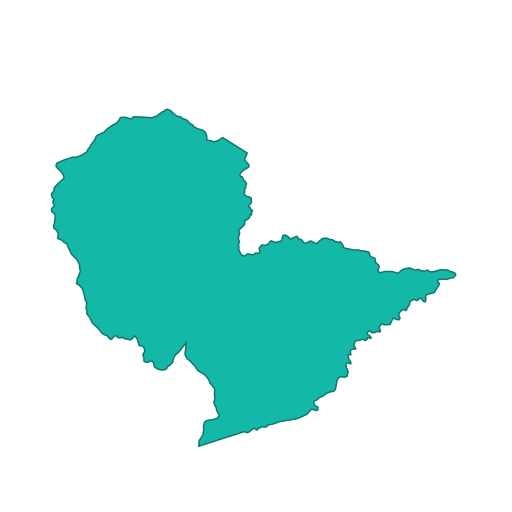 Santiago, Putumayo, Colombia, rotated 345°
{"feature_id": "7082276B6069538576370", "entity_name": "Santiago", "entity_type": "district", "adm_level": 2, "iso_a3": "COL", "parent_name": "Colombia", "parent_adm1": "Putumayo", "projection": "orthographic", "projection_center": [-76.991, 1.09], "detail": "fine", "context": "isolated", "style": "filled", "palette": "teal", "viewbox_px": 512, "rotation_deg": 345, "n_neighbors": 0, "source": "geoboundaries", "source_scale": "gbopen_adm2", "svg_char_len": 6069}
<svg xmlns="http://www.w3.org/2000/svg" viewBox="0 0 512 512"><g transform="rotate(345 256 256)"><path d="M86.6,116.1L86.1,117.5L87.0,119.9L89.0,122.9L90.2,125.8L90.9,128.4L90.8,130.7L89.9,131.6L83.8,134.6L79.7,137.2L78.5,138.5L77.7,140.8L74.8,142.8L74.3,143.8L74.2,146.2L75.5,149.0L75.4,149.5L74.0,150.5L73.8,152.5L74.3,155.3L73.8,155.9L71.2,156.9L70.1,159.4L70.8,161.4L72.6,163.5L72.3,165.8L70.0,171.7L68.2,174.6L68.1,175.8L68.0,177.1L70.2,179.8L70.7,183.3L70.1,185.4L69.0,187.2L69.3,188.0L72.7,190.6L74.2,193.3L75.5,194.3L76.5,195.7L76.9,199.7L78.3,206.6L82.2,213.6L83.0,217.1L83.1,219.6L82.4,222.5L82.5,225.3L80.3,228.0L79.6,229.3L77.6,231.5L76.8,233.8L75.5,235.8L75.5,236.3L77.4,238.1L79.3,241.2L80.0,244.1L80.0,251.0L79.6,253.7L80.3,256.1L80.3,257.5L78.4,262.0L78.5,264.9L77.6,268.1L79.6,272.8L80.6,278.4L85.3,286.0L87.0,290.4L89.3,293.0L91.4,294.0L92.8,297.3L93.8,298.8L94.2,299.1L95.6,298.6L98.6,296.7L99.8,296.7L100.3,296.8L100.6,298.0L102.1,299.5L103.4,300.0L105.1,299.8L106.1,300.3L108.3,302.4L109.7,302.7L112.5,304.5L114.6,304.2L117.5,302.0L118.1,301.9L118.6,302.4L119.9,306.1L119.9,312.1L120.3,312.5L121.6,312.7L122.9,313.8L123.8,314.7L124.2,315.8L124.0,318.8L123.5,319.7L121.7,321.4L121.2,322.6L121.3,325.8L120.7,327.6L120.7,328.9L122.3,330.2L124.3,330.6L127.7,330.3L128.6,330.8L129.4,332.6L129.2,336.8L131.4,339.5L133.7,340.9L136.1,341.9L139.0,342.2L140.7,341.5L142.1,340.0L144.4,339.2L148.1,337.1L150.1,333.1L152.6,330.6L155.8,329.3L157.6,328.1L166.1,321.6L163.7,328.5L162.3,331.3L162.0,333.0L162.9,337.3L165.9,341.5L167.1,344.2L168.4,346.0L169.6,350.4L171.0,352.6L173.9,355.4L175.7,357.5L177.5,360.7L178.4,363.9L178.6,366.4L181.4,372.7L181.6,374.2L180.1,378.5L179.7,382.0L178.4,385.0L177.6,385.7L177.5,386.8L177.6,389.3L178.3,391.8L178.0,394.5L179.3,400.6L177.3,402.4L175.8,402.8L172.2,402.9L166.3,402.2L164.3,402.6L163.0,403.5L161.0,407.5L160.6,409.9L158.6,414.9L153.4,419.6L151.4,424.9L198.9,422.6L202.1,424.5L204.5,423.9L207.6,422.4L209.5,421.9L211.9,424.4L213.1,423.8L214.0,422.8L215.6,423.1L216.6,422.5L217.6,422.5L220.8,423.7L222.5,423.5L222.9,422.8L224.0,422.4L229.2,422.7L235.3,422.1L253.7,423.8L264.2,422.1L269.3,418.6L270.8,418.7L274.5,421.0L275.6,420.6L276.6,419.1L276.6,417.9L273.9,415.3L273.9,412.2L274.4,411.2L277.5,410.8L280.6,409.2L284.3,408.7L288.5,406.9L293.3,406.4L295.6,406.9L297.1,406.2L298.4,404.9L302.1,397.2L303.7,395.4L306.3,394.3L309.9,396.0L312.4,395.9L313.3,395.3L313.9,393.2L315.1,391.7L314.4,387.6L314.7,384.2L315.7,382.9L316.6,382.8L319.1,384.4L319.8,384.5L320.0,382.3L319.0,380.0L319.0,376.5L319.8,375.2L322.1,375.9L322.4,372.4L323.1,371.6L324.6,371.1L328.3,371.5L328.3,370.7L327.4,368.3L327.9,366.5L329.0,365.4L329.3,364.0L331.6,363.8L334.5,364.3L337.2,363.8L338.2,364.3L339.4,365.9L341.1,365.6L342.1,364.8L342.6,363.8L345.7,365.2L346.0,364.3L345.7,363.3L343.2,360.4L343.3,359.4L344.7,358.0L346.5,357.7L348.3,360.1L351.3,360.7L353.2,360.1L355.9,361.4L356.9,360.5L356.4,356.9L359.2,354.3L360.3,354.3L362.5,355.8L367.8,356.9L372.0,351.8L372.7,351.7L375.6,353.8L377.9,354.6L379.0,353.4L379.1,352.3L378.4,351.3L379.1,348.7L379.7,347.9L383.9,345.7L385.2,346.1L385.9,347.1L386.7,347.4L387.7,346.9L388.1,345.7L391.9,342.5L392.6,340.4L393.5,339.7L397.7,338.7L399.0,340.1L399.7,340.6L400.7,340.7L402.5,339.3L403.3,339.2L404.2,339.6L406.2,343.2L407.4,344.1L408.2,343.2L409.2,340.7L409.2,338.8L409.9,337.9L411.6,337.4L418.0,337.5L419.3,337.1L420.2,335.8L425.2,331.4L426.1,330.3L424.9,327.6L426.0,325.9L432.6,327.3L434.0,328.0L438.4,327.7L441.2,328.0L444.0,326.1L444.0,324.3L442.6,323.4L441.9,322.3L439.2,321.3L438.6,319.9L436.7,318.9L430.2,317.0L425.0,317.2L421.4,316.9L418.8,315.2L417.9,313.9L416.0,314.3L414.7,314.2L412.3,313.3L409.0,310.9L408.0,310.7L406.1,311.0L401.5,307.3L397.5,306.9L394.3,307.0L391.9,307.8L389.2,309.4L388.5,309.3L383.5,306.3L381.0,305.4L378.8,305.1L376.4,304.2L372.8,304.4L371.3,304.1L370.3,303.1L370.1,301.0L371.7,299.2L372.2,298.3L372.2,297.3L371.8,296.1L370.1,293.7L369.9,291.9L370.3,288.9L366.9,286.5L366.2,285.5L366.1,281.8L365.7,281.2L361.7,279.1L359.1,278.4L356.0,276.4L352.9,275.9L344.1,271.6L342.9,270.5L342.5,267.2L341.2,264.0L339.4,264.2L337.6,263.1L336.6,263.0L335.0,261.0L333.5,259.8L331.3,259.0L328.9,257.0L324.9,256.3L320.1,258.4L318.5,259.7L316.6,259.1L313.1,255.8L312.1,255.7L307.1,256.6L305.7,255.7L304.0,251.7L301.6,250.9L301.2,248.9L300.4,247.5L293.7,248.5L292.0,245.6L289.8,243.5L288.9,243.1L287.1,243.3L284.8,247.8L284.4,248.0L278.3,248.0L274.7,245.3L273.9,245.3L271.1,247.4L269.4,248.0L267.2,248.1L265.2,247.0L264.3,246.9L261.1,249.1L260.8,253.5L259.9,254.1L256.5,253.2L255.7,253.2L254.4,254.1L253.8,254.0L251.4,253.3L249.7,252.2L248.2,251.8L247.0,252.2L245.3,253.4L242.1,251.0L241.6,249.7L241.6,248.0L241.1,247.3L241.2,244.2L241.8,243.0L242.1,240.0L243.7,238.1L243.4,234.4L246.2,229.5L245.9,228.0L246.2,226.8L247.2,226.0L252.5,223.1L253.3,222.3L254.3,219.4L254.8,218.9L257.8,218.3L259.7,217.2L260.8,214.9L262.3,215.1L262.7,214.5L262.5,214.0L262.9,212.6L264.4,211.4L264.2,210.8L263.0,210.3L262.9,207.6L261.9,206.8L261.8,205.6L265.0,203.5L265.8,202.0L266.3,199.4L266.0,198.2L264.9,197.3L262.6,196.2L260.5,193.3L260.4,192.7L261.9,191.0L261.7,189.8L262.0,189.0L263.5,187.8L264.6,184.7L265.6,183.8L264.8,180.9L263.9,180.1L263.1,175.9L261.4,174.9L261.3,173.5L263.2,171.3L265.5,170.2L271.9,168.3L272.7,166.5L272.5,165.5L270.0,161.0L269.9,159.8L274.2,154.3L254.5,133.0L249.1,134.7L244.7,134.8L243.0,133.4L238.3,131.2L239.1,129.3L239.5,126.7L239.2,123.6L238.8,122.7L236.3,120.1L232.9,118.2L229.3,115.1L228.9,113.1L226.7,111.2L224.1,106.6L220.4,104.1L219.8,102.5L217.7,101.5L215.6,100.0L214.2,98.5L211.1,93.5L208.6,91.4L206.4,91.3L204.7,92.4L202.7,92.6L200.2,93.7L198.6,94.0L197.1,95.0L191.0,95.6L186.1,93.7L175.1,90.2L173.3,90.0L171.2,91.0L170.3,91.0L165.9,88.3L161.2,87.1L160.2,87.7L158.9,89.3L155.8,91.5L149.6,93.0L143.6,95.5L141.2,97.1L134.3,98.3L132.4,99.1L131.5,100.8L129.8,102.6L125.5,105.7L123.7,107.8L121.5,109.2L120.1,111.2L118.8,111.9L113.5,113.5L108.9,114.0L106.7,113.8L104.7,113.1L94.9,113.6L87.8,114.8L86.6,116.1Z" fill="#14b8a6" stroke="#0f766e" stroke-width="1.5"/></g></svg>